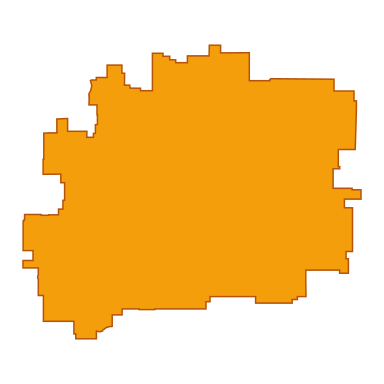 Upper Gascoyne, Western Australia, Australia
{"feature_id": "25037944B28786779473224", "entity_name": "Upper Gascoyne", "entity_type": "district", "adm_level": 2, "iso_a3": "AUS", "parent_name": "Australia", "parent_adm1": "Western Australia", "projection": "mercator", "projection_center": [116.107, -24.719], "detail": "fine", "context": "isolated", "style": "filled", "palette": "amber", "viewbox_px": 384, "rotation_deg": 0, "n_neighbors": 0, "source": "geoboundaries", "source_scale": "gbopen_adm2", "svg_char_len": 3783}
<svg xmlns="http://www.w3.org/2000/svg" viewBox="0 0 384 384"><path d="M111.1,65.1L107.1,65.1L107.1,77.5L99.9,77.5L96.3,77.5L96.3,80.0L94.1,80.0L91.3,80.0L90.4,80.6L90.6,81.2L90.8,81.8L91.3,83.7L91.4,84.3L91.7,85.2L91.7,85.8L91.5,86.8L91.5,87.1L91.4,87.3L91.3,87.8L91.2,88.4L91.1,88.7L91.0,89.1L91.0,89.3L90.9,89.4L90.6,90.7L90.3,91.5L90.1,91.8L89.7,92.3L89.5,92.7L89.1,93.4L89.1,93.7L89.0,94.0L88.8,94.8L88.9,95.2L89.1,95.7L89.1,96.1L89.2,96.5L89.0,96.9L89.0,97.5L89.0,97.9L89.4,98.2L89.4,99.0L89.2,99.1L89.1,99.6L89.0,104.9L97.0,104.9L97.0,105.8L97.0,114.8L97.4,114.8L97.4,124.6L95.4,124.6L95.4,133.4L93.4,133.4L93.4,137.3L92.3,137.3L88.6,137.3L86.8,137.3L86.9,131.3L67.6,131.3L67.6,118.5L56.8,119.0L56.9,132.9L48.1,132.9L48.1,133.1L43.8,133.1L43.8,159.3L43.1,159.3L43.1,174.3L60.4,174.1L60.8,174.1L60.8,182.7L64.6,182.7L64.6,200.3L62.9,200.3L62.9,209.1L58.5,209.1L58.5,214.8L48.6,214.8L48.6,215.3L46.3,215.3L43.6,215.3L41.1,215.3L41.1,214.5L39.5,214.5L37.9,214.5L30.1,214.5L24.6,214.5L24.6,219.5L24.3,219.5L24.2,219.5L24.1,219.8L24.1,220.2L24.0,220.7L23.5,220.7L23.5,221.2L23.1,221.2L23.1,221.4L23.1,225.2L23.1,225.7L23.1,231.5L23.1,238.0L23.1,245.0L23.1,250.6L33.0,250.6L33.0,257.9L33.0,260.5L23.0,260.5L23.0,267.9L34.7,267.9L38.3,267.9L38.3,274.5L37.7,276.1L37.7,278.3L38.3,279.2L38.3,288.3L38.3,294.0L38.3,295.5L43.4,295.5L43.4,321.3L73.9,321.3L73.9,333.9L75.8,333.9L75.8,338.8L96.4,338.8L96.4,331.1L99.3,331.7L100.1,331.7L100.4,331.7L100.7,331.6L101.3,331.4L101.5,331.2L101.8,331.1L102.3,331.0L102.2,330.9L102.3,330.7L102.5,330.3L102.7,330.1L103.0,329.7L103.7,329.4L104.2,329.2L104.7,328.8L105.2,328.6L105.9,327.7L106.6,327.4L107.4,327.4L108.1,327.0L108.8,326.9L109.4,326.6L110.2,326.5L112.0,326.5L112.2,326.4L112.2,314.9L122.1,314.9L122.1,308.9L128.4,308.9L133.7,308.9L139.1,308.9L139.1,309.6L149.2,309.6L151.3,309.6L153.2,309.6L153.6,309.6L154.8,309.6L154.8,308.9L157.7,308.9L160.2,308.9L162.4,308.9L164.6,308.9L167.3,308.9L169.5,308.9L173.3,308.9L181.5,308.9L190.2,308.9L197.8,308.9L200.6,308.9L206.0,308.9L206.0,301.7L210.0,301.7L210.0,296.6L223.0,296.6L225.6,296.6L227.2,296.6L229.3,296.6L231.9,296.6L242.7,296.6L255.6,296.6L255.6,303.1L265.5,303.1L279.8,303.1L286.0,303.1L287.3,303.1L289.5,303.1L292.2,303.1L292.2,299.5L293.7,299.5L294.8,299.5L296.3,299.5L297.4,299.5L297.4,296.6L299.5,296.6L301.7,296.6L303.9,296.6L306.0,296.6L305.9,289.7L305.9,287.8L305.8,284.2L305.8,270.1L306.4,270.1L308.0,270.1L308.5,270.1L309.1,270.1L310.2,270.1L310.7,270.1L311.3,270.1L312.4,270.1L315.1,270.1L315.6,270.1L316.2,270.1L317.8,270.1L318.4,270.1L320.0,270.1L321.1,270.1L322.2,270.1L325.4,270.1L328.2,270.1L329.2,270.1L331.4,270.1L332.5,270.1L334.1,270.1L336.3,270.1L337.4,270.1L339.6,270.1L339.6,273.2L348.4,273.2L348.4,258.8L346.6,258.8L346.1,258.8L346.1,251.5L352.5,251.5L352.5,251.0L352.5,240.7L352.5,240.2L352.5,232.8L352.5,207.8L344.4,207.8L344.4,199.1L361.0,199.1L361.0,189.8L352.1,189.8L352.1,188.3L333.1,188.3L333.1,180.7L333.1,168.8L339.7,168.8L339.7,166.6L338.3,166.6L338.3,164.4L338.3,149.5L355.2,149.5L355.5,140.3L356.3,112.7L356.4,107.3L356.4,103.5L356.4,100.9L354.0,100.9L354.0,91.0L352.3,91.0L343.7,91.0L338.3,91.0L334.0,91.0L334.0,79.2L270.7,78.7L270.6,78.8L270.3,79.2L270.1,79.5L269.5,79.9L269.5,80.1L269.8,80.7L267.9,80.7L265.5,80.7L265.0,80.7L260.7,80.7L258.5,80.7L255.8,80.7L249.3,80.7L249.3,52.7L220.6,52.9L220.6,45.2L219.6,45.2L213.7,45.2L209.9,45.2L209.3,45.2L209.1,55.9L187.4,55.9L187.4,57.3L187.4,62.7L180.5,62.7L175.7,62.7L175.7,59.8L173.5,59.8L169.7,59.8L169.7,56.3L163.0,56.3L163.0,53.3L157.2,53.3L152.4,53.3L152.4,63.0L152.4,68.9L152.4,90.7L147.0,90.7L140.5,90.7L140.5,88.2L136.3,88.2L130.1,88.1L129.7,85.1L124.5,85.2L124.6,73.2L121.9,73.2L121.9,67.6L121.9,65.1L119.4,65.1L115.2,65.1L111.1,65.1Z" fill="#f59e0b" stroke="#b45309" stroke-width="1.5"/></svg>